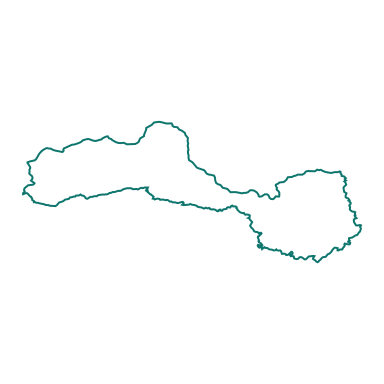 the district of Capitão Poço, Pará, Brazil, rotated 90°
{"feature_id": "56859067B50516914991267", "entity_name": "Capitão Poço", "entity_type": "district", "adm_level": 2, "iso_a3": "BRA", "parent_name": "Brazil", "parent_adm1": "Pará", "projection": "equal_earth", "projection_center": [-47.202, -2.066], "detail": "fine", "context": "isolated", "style": "outline", "palette": "teal", "viewbox_px": 384, "rotation_deg": 90, "n_neighbors": 0, "source": "geoboundaries", "source_scale": "gbopen_adm2", "svg_char_len": 6005}
<svg xmlns="http://www.w3.org/2000/svg" viewBox="0 0 384 384"><g transform="rotate(90 192 192)"><path d="M140.3,301.2L141.6,302.5L142.6,304.2L144.1,308.3L144.7,310.7L144.7,311.9L148.5,320.2L149.7,320.7L150.5,320.4L151.3,320.7L152.0,321.7L150.6,328.6L150.0,330.8L148.6,333.3L148.6,334.7L148.1,337.0L148.3,338.0L149.9,340.8L151.2,342.5L153.8,344.8L159.2,347.9L160.4,349.4L161.3,353.6L162.3,356.5L162.9,356.5L166.6,354.1L167.9,353.7L169.9,354.6L171.9,354.4L173.1,354.8L174.0,354.5L175.9,352.2L177.3,351.5L178.8,351.6L180.6,353.0L183.2,349.5L184.2,350.2L184.7,351.1L185.3,355.9L188.2,359.4L189.9,360.0L191.5,359.3L193.3,361.0L194.2,360.9L193.3,358.7L193.1,357.2L194.0,355.9L196.1,354.2L196.8,352.9L197.6,352.7L198.3,351.9L200.0,351.8L201.0,350.1L202.2,350.1L202.0,349.1L202.8,347.7L202.8,345.8L203.3,344.7L204.3,339.6L205.0,338.4L205.1,335.7L205.7,334.4L206.1,328.5L204.8,326.8L202.6,325.0L201.2,320.8L199.6,318.9L198.9,315.2L197.4,314.0L197.2,312.1L196.6,310.5L196.6,308.9L195.5,307.9L195.5,305.2L194.5,303.4L195.4,302.5L195.8,300.4L197.0,299.0L198.2,298.3L198.8,296.9L198.1,295.4L197.2,294.3L196.8,293.1L196.9,291.8L196.2,289.7L196.2,287.1L195.5,286.4L195.0,285.1L194.5,281.2L194.6,279.4L194.3,278.4L194.4,277.2L194.0,276.0L192.9,274.4L193.0,273.4L192.0,271.2L192.1,269.7L190.7,265.2L191.0,264.3L190.6,262.9L189.3,260.8L188.3,257.4L188.2,253.4L188.5,252.2L189.2,251.3L189.0,247.1L189.5,246.1L188.1,243.6L187.8,242.4L188.1,241.6L188.0,240.5L187.5,239.5L187.5,236.1L189.0,236.8L190.1,236.5L189.7,237.5L190.6,238.0L191.3,236.7L192.0,236.4L194.2,233.8L194.5,232.9L195.1,232.6L195.5,231.7L196.8,230.4L198.6,231.2L198.8,230.0L199.4,229.5L198.6,226.6L199.0,224.3L199.7,224.0L199.8,223.0L199.5,221.3L200.2,218.2L199.9,217.0L200.1,216.1L201.6,214.2L201.5,212.6L202.3,211.6L202.3,209.2L203.0,206.8L202.9,205.3L201.9,201.7L202.2,200.7L203.1,200.3L204.8,201.8L205.1,200.2L205.0,198.9L204.6,194.9L204.0,193.8L204.7,192.1L205.1,189.3L205.9,187.1L206.7,186.6L207.3,184.0L207.3,182.8L208.4,180.5L208.5,179.5L207.7,178.5L208.4,176.2L207.9,175.1L208.4,174.1L209.2,173.8L209.5,171.6L209.2,170.7L209.9,168.4L210.9,167.3L211.3,166.2L210.9,165.3L210.2,165.4L209.7,164.5L209.7,163.4L210.6,163.1L210.8,161.9L209.4,160.7L208.9,157.6L207.8,157.1L207.2,156.1L207.5,153.7L205.9,152.7L205.6,151.6L206.4,151.0L206.4,148.4L207.3,147.3L208.0,147.7L209.2,146.6L209.9,146.5L212.0,144.3L213.0,142.2L213.1,139.9L214.3,139.4L214.7,138.6L214.5,137.4L214.8,135.1L215.5,134.2L217.3,134.4L218.0,135.7L218.3,134.8L219.8,133.9L222.1,131.8L225.7,133.9L227.9,132.5L228.7,131.3L231.3,129.8L231.9,128.4L232.0,126.8L232.6,125.7L233.4,125.2L232.9,124.4L232.8,122.9L233.5,122.5L234.3,123.1L234.9,124.0L235.9,124.7L236.4,125.9L237.1,126.2L240.8,124.9L241.3,125.5L242.2,125.2L243.4,123.0L245.0,121.8L245.5,123.3L244.9,126.0L245.6,126.3L247.2,125.4L247.7,124.3L246.2,122.9L246.7,122.2L247.6,121.8L248.3,122.1L249.1,121.9L247.7,120.3L247.2,119.4L248.0,118.6L247.9,117.3L248.3,116.1L249.1,115.3L249.5,114.2L249.6,112.2L250.5,110.1L250.3,109.0L249.4,107.7L250.2,107.1L250.6,105.5L250.4,103.8L251.3,102.9L253.8,102.1L253.7,99.5L254.0,98.4L254.9,98.0L255.1,97.2L254.8,96.1L253.3,94.2L251.8,92.7L252.1,91.8L252.9,91.4L253.9,91.5L255.4,93.8L256.2,93.2L256.1,91.2L256.5,90.2L258.3,89.9L258.8,88.9L259.1,87.3L258.8,85.9L257.3,84.5L257.1,83.2L257.5,81.9L259.4,79.3L259.2,78.0L256.5,75.3L255.9,70.7L256.1,69.6L258.1,70.9L258.9,71.0L260.7,68.4L261.6,67.7L262.2,66.5L261.5,65.3L260.8,65.0L259.5,63.3L258.6,62.8L257.2,61.1L256.8,58.3L254.3,56.3L253.6,54.5L251.7,52.6L249.8,51.5L247.8,49.6L247.7,48.4L248.2,46.3L250.3,46.5L250.4,45.4L249.7,44.4L249.4,43.2L249.5,41.8L247.8,40.9L246.4,39.6L245.5,39.3L244.5,39.7L243.6,39.3L244.2,36.7L244.4,35.3L244.2,34.2L242.8,33.8L241.8,35.9L241.0,35.4L240.6,34.4L239.9,34.9L238.3,35.0L237.4,31.5L235.6,28.8L234.8,26.6L232.3,25.0L231.9,24.3L231.0,23.8L228.4,23.1L227.0,23.9L225.4,23.0L225.0,23.9L225.5,26.5L225.4,27.9L222.1,30.0L219.7,30.2L218.9,29.4L218.1,27.5L216.5,29.1L215.5,29.4L215.1,28.6L214.0,29.2L212.3,28.7L211.8,29.4L211.7,31.1L211.3,32.2L210.1,33.7L209.2,34.2L206.8,33.9L205.8,34.7L204.7,34.4L204.2,33.6L203.4,33.3L202.6,33.4L201.9,34.4L201.0,34.3L200.6,35.4L199.9,34.7L198.9,35.3L198.2,36.3L197.9,37.4L197.1,38.4L195.7,38.4L193.3,37.5L191.9,39.8L188.1,40.5L187.3,40.4L184.7,37.8L182.2,38.7L181.5,39.6L180.5,38.2L180.1,39.1L179.0,39.3L178.2,38.2L176.5,39.8L175.9,42.4L174.5,42.4L173.8,43.2L172.9,43.5L171.9,43.4L171.4,44.2L172.1,46.0L172.1,49.4L172.9,52.2L172.9,53.5L172.0,58.5L170.9,61.3L169.9,62.9L169.9,64.0L170.2,64.8L169.7,67.0L171.0,68.5L171.3,69.4L171.1,72.4L171.2,74.6L170.9,75.5L171.4,77.7L171.9,78.5L173.3,79.4L174.7,81.8L174.6,86.3L175.6,88.2L176.1,90.4L177.0,92.1L177.2,96.1L179.8,97.6L181.7,99.8L182.1,100.7L182.4,104.1L182.7,105.0L183.4,105.5L184.7,108.1L185.6,108.3L188.0,107.0L189.0,107.4L189.9,107.0L191.2,105.5L192.7,104.7L196.0,104.7L196.6,105.0L196.4,108.3L198.6,110.0L199.1,111.0L199.1,111.9L199.0,113.0L198.4,113.8L197.7,114.5L195.4,115.5L194.7,116.2L194.3,117.2L194.3,119.2L196.4,122.4L196.7,124.3L196.1,125.3L194.6,125.6L192.4,127.2L190.7,129.8L190.2,131.9L190.3,133.9L192.1,135.9L192.8,137.8L192.9,140.1L193.3,142.2L192.1,148.3L192.2,153.5L188.9,156.7L187.7,161.4L185.5,163.0L184.9,163.8L184.2,166.0L183.1,167.7L180.8,168.7L177.3,169.1L175.6,170.0L174.7,173.8L174.6,175.1L173.7,177.2L170.2,179.8L168.0,186.3L167.5,187.2L162.3,191.5L160.2,194.9L157.9,195.5L155.4,195.4L153.3,196.0L151.1,196.1L150.0,195.5L145.5,196.3L143.4,195.8L141.1,196.4L137.9,196.1L135.0,198.5L132.9,199.1L130.9,201.8L129.5,204.9L127.3,206.5L126.8,210.2L125.8,211.5L124.6,211.6L123.4,212.4L123.5,217.7L122.4,221.7L121.8,225.1L122.5,229.9L125.0,232.4L127.9,237.7L129.8,237.9L134.7,239.9L136.1,240.0L138.2,243.5L139.0,244.2L141.7,245.2L142.9,246.6L144.0,248.9L144.3,257.1L142.8,260.2L143.1,263.5L143.0,265.3L142.2,268.0L140.0,271.9L139.0,272.8L138.3,275.0L136.3,276.3L136.8,278.5L138.4,281.6L139.3,282.3L141.0,288.4L140.6,291.0L139.3,294.4L139.0,295.9L139.3,297.8L140.3,301.2Z" fill="none" stroke="#0f766e" stroke-width="2"/></g></svg>